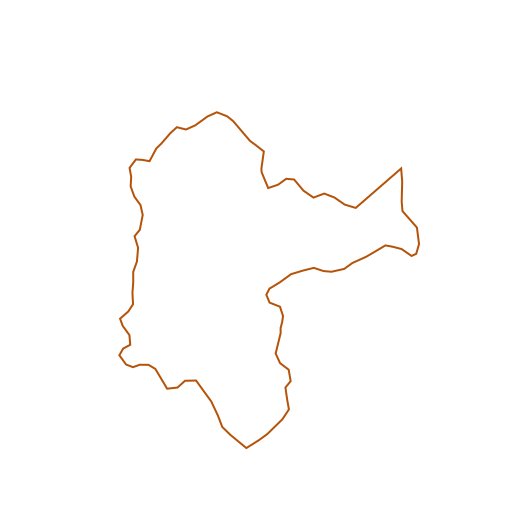 the district of Eumseong-gun, North Chungcheong, South Korea, rotated 54°
{"feature_id": "91817680B44245642839981", "entity_name": "Eumseong-gun", "entity_type": "district", "adm_level": 2, "iso_a3": "KOR", "parent_name": "South Korea", "parent_adm1": "North Chungcheong", "projection": "robinson", "projection_center": [127.624, 36.987], "detail": "fine", "context": "isolated", "style": "outline", "palette": "amber", "viewbox_px": 512, "rotation_deg": 54, "n_neighbors": 0, "source": "geoboundaries", "source_scale": "gbopen_adm2", "svg_char_len": 1434}
<svg xmlns="http://www.w3.org/2000/svg" viewBox="0 0 512 512"><g transform="rotate(54 256 256)"><path d="M270.5,87.1L274.7,135.1L275.7,147.1L266.4,154.1L254.9,158.1L245.6,164.1L242.5,175.2L231.0,179.2L216.5,180.2L211.3,186.2L211.3,196.2L208.2,206.2L191.5,202.2L188.4,200.2L176.0,188.2L165.6,191.2L159.3,193.2L133.4,195.2L126.1,197.2L116.7,203.2L114.6,213.2L114.6,228.3L112.5,238.3L105.3,244.3L106.3,253.3L109.4,266.4L110.4,273.4L116.7,286.4L111.5,291.4L107.3,296.4L110.4,306.5L118.7,310.5L126.0,316.5L136.4,319.5L146.8,319.5L156.2,323.5L166.5,334.6L168.6,342.6L180.1,346.6L190.5,355.6L196.7,364.7L205.0,370.7L213.3,377.7L222.7,383.8L225.8,391.8L226.8,402.8L234.1,404.9L245.6,404.9L253.9,409.9L252.8,417.9L256.0,424.9L267.4,424.9L273.6,420.9L275.7,413.9L280.9,406.9L288.2,403.8L311.1,405.9L316.3,396.8L315.2,386.8L321.5,377.7L332.9,377.7L347.5,377.7L363.1,380.7L374.5,383.8L385.9,381.8L405.7,376.7L406.7,361.7L406.7,351.6L403.6,330.6L399.9,320.7L399.4,319.5L391.1,315.5L379.7,309.5L377.6,301.5L367.2,296.4L356.8,299.5L346.4,297.4L332.9,281.4L328.7,278.4L324.6,273.4L320.4,269.4L311.1,266.4L301.7,272.4L293.4,270.4L290.3,264.3L291.3,252.3L291.3,238.3L295.5,226.3L299.6,216.2L307.9,210.2L313.1,204.2L318.3,192.2L318.3,182.2L321.4,167.1L322.5,156.1L323.5,145.1L328.7,140.1L336.0,134.1L347.4,130.1L348.4,125.1L342.2,117.1L327.6,109.1L305.8,111.1L297.5,106.1L281.9,94.1L270.5,87.1Z" fill="none" stroke="#b45309" stroke-width="2"/></g></svg>